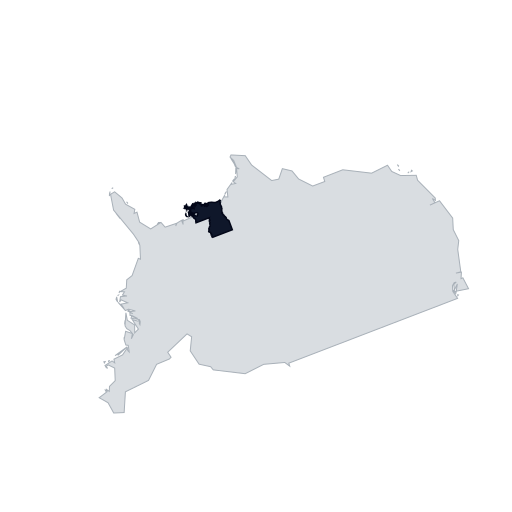 United States of America, with Louisiana highlighted, rotated 159°
{"feature_id": "USA-3535", "entity_name": "Louisiana", "entity_type": "State", "adm_level": 1, "iso_a3": "USA", "parent_name": "United States of America", "parent_adm1": "", "projection": "equal_earth", "projection_center": [-90.64, 30.971], "detail": "fine", "context": "in_parent", "style": "filled", "palette": "ink", "viewbox_px": 512, "rotation_deg": 159, "n_neighbors": 0, "source": "natural_earth", "source_scale": "10m", "svg_char_len": 9563}
<svg xmlns="http://www.w3.org/2000/svg" viewBox="0 0 512 512"><g transform="rotate(159 256 256)"><path d="M400.9,178.4L426.6,176.0L435.2,157.1L445.1,160.4L446.7,172.0L453.2,179.9L443.6,182.7L443.3,184.9L441.5,182.2L439.5,186.8L432.1,190.1L428.1,202.0L432.9,207.2L435.7,206.6L434.7,204.3L435.8,205.4L436.2,207.9L428.0,209.6L426.2,206.9L425.6,210.6L416.0,211.5L409.1,216.3L409.6,213.6L408.8,211.8L407.3,218.4L409.4,219.5L409.1,225.1L404.7,232.4L399.2,227.9L402.0,223.4L398.7,226.5L400.4,231.5L402.7,234.5L403.3,237.7L397.8,249.6L399.2,242.1L394.0,235.1L396.8,227.7L392.0,229.9L394.3,240.9L389.5,237.5L387.9,237.9L389.2,234.5L389.0,233.4L387.6,236.1L387.6,238.4L395.0,242.7L393.5,244.6L390.1,240.8L388.9,240.1L393.1,244.8L394.9,245.7L394.0,248.5L391.7,246.3L395.4,250.5L394.6,251.1L392.8,249.0L388.3,247.9L394.0,252.0L397.5,251.9L401.4,262.2L398.0,254.2L399.2,259.4L392.6,258.3L397.6,263.4L399.8,261.9L397.1,266.6L390.8,264.9L394.7,267.4L391.6,269.7L395.5,271.4L388.6,272.5L385.2,280.1L378.7,282.1L366.7,296.0L365.0,294.4L360.7,307.3L360.4,310.4L362.6,320.3L372.5,349.9L369.7,365.7L365.0,366.6L360.3,358.2L359.2,351.1L352.4,343.0L354.6,339.4L351.4,339.6L352.5,329.3L344.6,319.0L332.7,321.4L330.5,315.5L318.7,315.0L320.2,312.7L318.1,315.0L312.8,316.0L312.7,311.5L311.8,314.7L295.7,315.6L302.6,317.9L300.2,322.0L305.4,326.1L302.8,328.3L297.0,322.9L296.6,327.1L288.6,325.3L284.2,319.9L281.5,322.7L269.9,318.5L263.0,324.4L264.8,322.7L261.1,321.2L259.2,328.5L252.0,333.2L253.6,331.8L249.0,331.0L250.6,333.5L245.1,336.6L242.8,344.7L240.4,343.4L242.4,345.6L242.6,353.1L244.8,357.7L243.1,359.3L230.1,353.5L227.5,342.5L214.3,320.8L207.2,319.6L200.1,328.1L191.9,322.5L188.6,312.6L178.0,301.0L165.1,300.9L164.8,305.3L144.1,305.4L118.4,291.9L100.7,293.6L99.0,286.3L92.2,279.3L77.5,273.9L78.0,268.8L67.9,245.9L68.6,243.6L70.8,246.5L69.8,241.6L75.4,241.2L64.9,241.8L58.8,220.9L62.4,209.9L61.2,197.7L65.3,189.9L70.5,167.8L75.5,168.4L70.0,167.3L72.7,161.4L70.7,161.5L69.3,149.3L81.7,151.4L78.0,157.8L82.9,153.2L81.6,158.6L78.4,159.9L80.5,160.1L83.2,157.9L85.0,152.5L83.0,144.2L263.8,144.2L264.0,141.1L267.3,146.3L287.6,152.1L308.3,150.0L336.7,165.0L338.0,168.9L347.9,175.4L351.4,191.0L345.0,203.7L348.3,208.0L372.9,197.8L371.6,191.9L373.8,190.9L387.6,190.5L400.9,178.4ZM419.1,214.2L423.3,213.5L408.8,217.4L420.6,212.7L419.1,214.2ZM83.0,149.3L84.1,152.7L83.9,153.2L82.0,150.7L83.0,149.3ZM244.6,356.4L243.0,349.8L243.2,346.0L243.3,350.0L244.6,356.4ZM444.7,183.2L444.8,185.0L444.1,184.6L444.7,183.2ZM284.3,321.8L284.6,323.4L283.3,322.1L284.3,321.8ZM82.8,279.8L84.6,279.0L82.8,279.8ZM81.0,279.2L80.1,280.3L79.6,279.4L81.0,279.2ZM431.8,209.9L430.8,211.1L430.4,210.8L431.8,209.9ZM244.2,342.6L243.2,345.6L245.7,339.8L244.2,342.6ZM369.6,340.1L371.4,346.0L369.3,339.5L369.6,340.1ZM91.3,284.5L92.0,286.0L91.2,284.6L91.3,284.5ZM370.5,366.6L369.1,368.5L371.4,364.5L370.5,366.6ZM402.2,265.7L400.7,267.8L401.7,262.6L402.2,265.7ZM81.8,146.6L81.7,147.5L81.0,147.1L81.8,146.6ZM250.6,334.7L248.0,336.0L250.7,334.3L250.6,334.7ZM435.9,210.5L435.9,211.8L434.6,211.5L435.9,210.5ZM90.9,288.8L91.3,290.7L90.6,289.0L90.9,288.8ZM247.4,337.2L246.4,337.9L247.3,336.7L247.4,337.2ZM402.8,240.0L401.3,242.9L403.0,238.9L402.8,240.0ZM262.2,325.7L260.5,326.8L262.9,324.8L262.2,325.7ZM361.0,308.8L360.8,311.2L360.6,309.5L361.0,308.8ZM396.1,271.8L395.6,272.3L397.1,270.5L396.1,271.8ZM336.9,320.9L335.0,322.2L334.2,321.9L336.9,320.9ZM312.0,315.6L311.7,316.0L310.5,315.9L312.0,315.6ZM357.0,351.3L357.4,353.0L356.7,351.0L357.0,351.3ZM306.9,319.0L306.6,320.5L306.5,317.7L306.9,319.0ZM366.0,370.8L364.9,370.9L366.5,370.5L366.0,370.8ZM408.8,226.1L408.1,227.5L408.9,225.5L408.8,226.1ZM399.4,268.3L398.8,268.8L398.6,268.8L399.4,268.3Z" fill="#d9dde1" stroke="#a8b0b8" stroke-width="1"/><path d="M301.6,316.4L301.1,316.8L301.0,316.6L300.3,316.6L300.0,316.4L300.0,316.0L299.4,316.0L299.0,315.7L298.4,315.7L298.1,315.1L297.7,314.8L296.7,314.5L296.3,314.6L295.7,315.6L295.2,316.1L295.0,316.4L295.0,316.9L295.3,317.5L297.1,318.1L298.2,317.8L298.7,317.4L299.0,316.8L299.7,317.3L300.1,316.6L299.9,317.2L300.0,317.3L300.1,317.1L300.5,316.9L300.3,316.7L300.6,316.7L300.8,316.9L300.5,317.6L300.2,317.7L300.2,318.0L299.6,317.8L299.3,318.2L299.5,318.8L300.3,318.7L300.1,319.1L300.6,319.5L301.1,319.4L301.3,319.0L301.3,318.3L301.8,318.0L301.9,317.6L302.4,317.7L302.4,317.9L302.7,317.7L302.8,317.8L302.7,318.0L302.3,318.1L302.3,318.4L302.2,318.5L302.7,318.6L302.8,318.8L302.7,318.9L302.6,319.0L302.5,318.8L302.3,319.0L302.5,319.3L302.8,319.1L302.6,319.5L302.8,319.3L303.1,319.5L302.7,319.9L303.0,320.3L302.7,320.3L302.5,320.6L302.5,320.3L302.0,319.9L302.0,320.1L301.6,320.7L301.1,320.9L301.2,321.4L301.7,321.4L301.8,321.5L301.6,321.5L302.0,321.9L300.3,321.2L301.0,322.0L299.9,321.9L300.2,322.0L300.5,322.9L301.7,323.5L301.6,323.9L301.7,324.0L303.0,324.3L302.7,324.6L303.0,324.7L303.5,324.6L303.7,325.0L304.1,324.7L304.1,325.0L304.3,324.9L304.7,325.5L304.5,325.8L305.0,326.1L305.3,326.0L305.5,326.2L305.3,326.3L305.5,326.4L305.2,326.5L305.2,326.3L304.8,326.6L305.4,326.7L305.1,327.3L305.0,327.0L304.8,327.0L304.9,327.4L304.8,327.2L304.4,327.7L304.6,328.2L304.4,328.2L303.7,327.1L303.7,327.5L303.3,327.7L302.8,328.7L302.5,328.9L302.5,328.5L302.9,327.9L302.9,327.6L303.2,327.4L303.5,326.6L303.4,326.6L303.3,326.9L303.2,326.4L303.1,327.0L302.7,327.3L302.6,326.9L302.6,326.7L302.4,326.6L302.0,325.8L302.2,325.7L301.9,325.6L301.9,325.9L301.0,325.6L300.9,325.3L300.7,325.2L299.5,325.0L299.9,324.8L300.0,324.5L300.0,324.3L299.8,324.4L299.8,324.0L299.5,324.0L299.4,323.8L299.5,323.5L299.2,323.4L299.2,323.8L298.8,323.4L298.6,323.6L297.4,322.8L297.2,322.8L297.2,323.0L296.8,322.4L296.6,322.8L296.8,322.9L296.6,323.1L298.0,323.9L297.8,324.1L297.9,324.8L297.7,324.6L298.0,325.2L297.9,325.3L297.7,325.1L297.7,325.3L297.5,325.9L297.8,325.9L297.6,326.4L297.2,326.8L296.5,327.3L296.4,327.2L296.4,326.8L296.2,326.5L296.3,325.8L296.2,325.5L296.0,325.8L295.7,325.1L295.2,325.8L295.2,325.2L294.9,324.6L294.6,325.3L294.5,325.1L294.3,325.3L294.0,325.2L293.7,325.1L293.7,325.3L293.9,325.3L293.7,325.7L293.8,325.9L293.8,326.0L293.6,325.8L293.4,326.2L293.4,326.8L293.3,326.5L293.2,326.6L293.2,326.8L292.9,327.0L292.2,326.9L292.5,326.7L292.4,326.5L291.9,326.4L291.9,326.6L291.6,326.8L291.1,326.3L290.7,326.4L290.8,326.1L290.7,325.9L290.5,326.0L290.4,326.2L290.2,326.2L289.9,325.9L288.7,325.6L288.3,325.2L288.3,324.8L288.3,325.0L288.6,325.0L288.9,324.4L289.1,324.4L289.2,324.8L289.6,324.8L289.5,325.4L289.6,325.7L289.9,325.5L289.8,325.3L290.0,325.0L289.9,324.8L289.1,324.2L289.1,323.9L288.8,323.5L288.8,323.0L289.1,322.5L289.1,322.2L288.9,322.1L288.9,322.3L288.7,322.7L288.7,323.0L288.6,323.4L287.6,323.0L287.7,322.7L287.1,322.8L286.6,322.8L286.8,322.5L286.6,321.8L286.0,321.8L286.1,320.8L285.0,320.8L284.4,321.1L284.3,320.5L284.5,320.2L284.7,320.4L284.5,320.0L284.1,319.9L283.9,320.1L283.5,320.0L283.4,320.3L282.8,320.5L282.4,320.9L282.4,320.6L282.2,320.6L282.1,320.8L281.9,320.6L282.1,321.3L282.7,321.2L282.4,321.4L282.6,322.0L283.0,321.9L283.2,322.0L282.9,322.1L283.0,322.2L282.9,322.4L282.4,322.4L281.4,322.9L278.4,322.2L275.8,320.9L274.6,320.5L271.9,320.6L270.6,320.9L269.9,321.2L269.6,320.8L269.5,320.4L269.5,320.2L270.0,320.0L270.3,319.7L270.5,318.7L270.2,318.4L270.8,317.5L270.9,316.9L270.7,316.1L270.8,315.5L270.6,315.2L270.5,314.6L270.9,313.7L270.7,312.8L271.1,312.4L271.2,311.8L271.6,311.3L271.6,310.8L271.9,310.3L271.9,309.5L272.2,309.1L271.9,308.4L272.4,308.1L272.0,307.6L272.1,306.6L271.8,306.6L271.6,305.8L271.2,305.4L271.4,304.9L271.1,304.5L271.0,304.1L270.7,303.9L270.9,303.5L270.4,303.2L270.1,302.7L270.3,301.6L270.1,300.8L269.6,299.9L269.1,299.5L268.6,298.8L268.7,289.0L289.6,289.0L289.6,289.4L290.1,289.6L290.3,289.8L289.8,290.5L289.7,291.3L289.8,291.5L290.3,291.7L290.3,291.9L290.2,292.1L289.6,292.3L289.7,292.9L290.1,293.3L290.0,294.3L290.8,294.9L290.9,295.3L291.4,295.5L291.4,295.8L291.0,296.2L290.6,297.3L290.1,297.4L290.1,297.7L290.3,298.0L290.3,298.3L290.1,298.6L289.6,299.0L289.1,299.8L288.2,300.3L287.8,301.3L287.6,302.9L286.9,303.6L287.0,304.1L287.2,304.5L286.9,305.7L286.1,305.9L286.1,306.2L286.4,306.5L286.2,307.1L286.5,308.0L286.0,308.5L300.1,308.5L300.0,309.0L299.7,310.3L299.4,310.7L299.3,311.6L299.5,312.1L299.4,312.3L299.6,312.8L300.1,313.1L300.5,313.8L300.5,314.2L300.8,314.9L300.8,315.3L301.2,316.2L301.3,316.4L301.5,316.3L301.6,316.4ZM285.0,323.3L284.6,323.4L283.2,322.5L283.1,322.3L284.0,321.8L284.4,321.9L285.0,322.3L285.5,322.4L285.4,322.6L285.1,322.9L285.0,323.3ZM304.1,317.5L304.1,317.8L303.9,318.0L303.6,317.6L303.1,317.8L303.0,317.7L303.4,317.5L303.4,317.3L304.2,316.6L303.7,317.3L303.9,317.5L304.1,317.5ZM298.2,323.6L298.0,323.8L297.7,323.4L297.5,323.5L297.3,323.2L297.7,323.2L298.2,323.6ZM306.4,317.7L306.6,317.8L306.8,318.5L306.9,319.1L306.8,319.9L306.6,320.6L306.8,318.9L306.6,318.0L306.4,317.7ZM302.0,320.2L302.4,320.8L302.1,320.6L301.9,320.9L301.9,320.3L302.0,320.2ZM303.0,320.2L303.5,320.1L303.4,320.6L303.0,320.2ZM292.5,327.7L293.4,327.4L293.3,327.5L293.2,327.6L292.6,327.7L292.5,327.7ZM298.4,325.5L298.5,325.6L297.9,326.0L298.0,325.8L298.4,325.5ZM294.8,327.5L295.1,327.7L294.4,327.4L294.8,327.5ZM303.8,318.8L303.8,319.0L303.3,319.1L303.5,318.9L303.8,318.8ZM303.5,318.5L303.3,318.9L303.1,319.1L303.5,318.5ZM295.6,327.6L295.9,327.3L296.1,327.3L295.6,327.6ZM304.3,323.2L304.3,323.4L303.9,323.5L304.3,323.3L304.3,323.2ZM294.9,325.5L294.8,325.9L294.9,325.6L294.9,325.5ZM306.3,321.0L306.0,321.5L306.4,320.8L306.3,321.0ZM291.2,327.5L291.5,327.6L291.4,327.6L291.2,327.5ZM305.1,322.6L304.8,323.0L305.1,322.6ZM298.6,325.3L298.8,325.3L298.6,325.4L298.6,325.3Z" fill="#0f172a" stroke="#020617" stroke-width="1.5"/></g></svg>